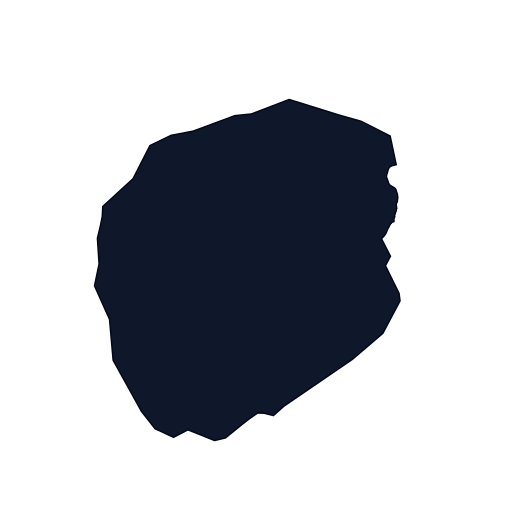 outline of Baruunbayan-Ulaan, Övörhangay, Mongolia, rotated 241°
{"feature_id": "93677404B73529031931422", "entity_name": "Baruunbayan-Ulaan", "entity_type": "district", "adm_level": 2, "iso_a3": "MNG", "parent_name": "Mongolia", "parent_adm1": "Övörhangay", "projection": "mercator", "projection_center": [101.468, 45.195], "detail": "fine", "context": "isolated", "style": "filled", "palette": "ink", "viewbox_px": 512, "rotation_deg": 241, "n_neighbors": 0, "source": "geoboundaries", "source_scale": "gbopen_adm2", "svg_char_len": 1498}
<svg xmlns="http://www.w3.org/2000/svg" viewBox="0 0 512 512"><g transform="rotate(241 256 256)"><path d="M308.2,100.3L271.6,97.2L234.1,80.5L175.5,80.5L153.8,84.0L137.4,96.0L137.0,112.1L126.7,120.6L114.7,130.3L111.7,141.1L115.4,161.9L116.7,170.1L117.9,181.2L114.7,186.7L108.0,193.9L111.1,207.5L118.9,290.3L126.9,329.5L146.9,360.2L153.9,363.0L184.8,364.5L190.6,373.5L210.2,374.1L210.8,375.8L211.3,377.4L212.1,379.3L212.9,380.7L214.2,382.4L215.8,384.3L216.6,385.7L217.2,386.6L218.0,387.8L218.9,389.2L219.0,390.1L219.6,391.2L219.4,392.2L219.2,393.2L219.7,393.7L220.7,394.1L221.3,394.4L221.8,394.8L222.3,395.4L222.7,396.1L223.5,396.7L224.3,396.9L224.9,397.3L225.3,398.1L225.6,398.5L226.3,398.8L226.8,399.5L227.2,400.2L228.0,400.7L228.7,401.3L229.4,402.2L230.9,402.8L232.0,403.1L233.0,403.6L234.0,404.4L235.0,406.0L236.5,406.9L237.3,407.6L238.5,408.4L240.0,409.0L241.7,409.7L243.3,409.9L244.6,410.2L245.6,410.5L246.6,410.5L247.5,410.4L248.2,410.2L248.9,409.9L249.5,409.6L250.2,409.1L251.1,408.6L251.9,408.1L252.9,407.5L253.9,407.3L254.9,407.3L255.9,407.3L257.0,407.6L258.6,407.9L260.4,408.2L261.6,408.3L262.4,408.7L263.2,409.3L264.5,410.5L265.7,411.9L267.0,412.9L268.0,414.2L268.7,415.2L269.1,416.3L269.1,417.1L269.0,418.9L268.4,420.9L267.9,422.9L295.9,431.5L322.8,413.3L339.5,396.5L376.8,360.9L382.5,320.7L389.0,305.6L395.7,261.5L402.7,240.3L404.0,216.8L383.2,185.9L373.6,146.0L365.1,140.7L357.8,134.5L348.4,125.9L325.1,114.9L308.2,100.3Z" fill="#0f172a" stroke="#020617" stroke-width="1.5"/></g></svg>